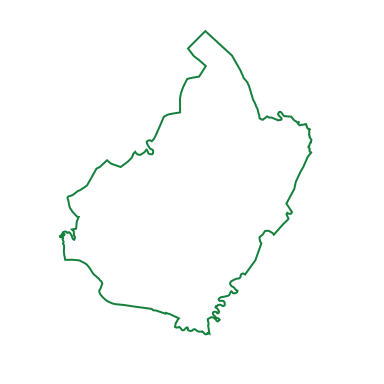 the district of Guri, Jigawa, Nigeria, rotated 36°
{"feature_id": "59680162B66353567053476", "entity_name": "Guri", "entity_type": "district", "adm_level": 2, "iso_a3": "NGA", "parent_name": "Nigeria", "parent_adm1": "Jigawa", "projection": "orthographic", "projection_center": [10.497, 12.643], "detail": "fine", "context": "isolated", "style": "outline", "palette": "green", "viewbox_px": 384, "rotation_deg": 36, "n_neighbors": 0, "source": "geoboundaries", "source_scale": "gbopen_adm2", "svg_char_len": 5970}
<svg xmlns="http://www.w3.org/2000/svg" viewBox="0 0 384 384"><g transform="rotate(36 192 192)"><path d="M104.4,78.2L112.9,80.8L113.9,81.0L119.9,81.1L129.2,82.0L129.9,94.5L127.4,97.0L125.7,98.7L122.8,102.0L121.7,103.4L123.2,112.5L125.1,118.9L127.4,123.5L135.6,134.6L131.5,138.7L127.8,142.5L126.6,144.3L125.0,147.8L127.1,156.8L129.7,169.1L129.8,170.3L130.0,171.4L129.6,174.6L128.0,174.7L126.9,175.5L126.1,176.6L125.8,177.9L127.0,179.1L128.7,180.1L130.7,180.9L132.7,181.6L135.5,181.0L136.5,181.7L137.7,183.7L137.5,185.0L136.3,185.8L135.2,186.2L134.1,186.4L131.1,184.5L130.2,184.6L130.2,185.6L130.2,187.4L129.8,188.9L128.2,192.5L126.9,193.2L125.4,193.6L124.1,193.5L122.4,192.9L122.1,195.5L123.1,199.3L122.5,203.9L121.8,206.7L119.6,213.7L114.4,215.3L109.9,216.6L104.6,216.3L102.8,225.7L101.0,229.2L103.2,248.3L102.3,251.2L100.4,256.1L99.0,258.6L97.3,264.4L96.5,265.8L94.9,267.9L94.5,268.9L94.6,269.7L95.1,270.3L96.4,271.2L97.5,272.1L100.3,274.8L102.4,276.5L106.9,278.2L113.5,279.5L114.4,279.2L115.0,278.8L116.2,283.7L119.8,289.8L116.9,292.9L119.5,293.3L122.0,296.5L124.0,297.3L124.6,298.9L124.7,299.9L123.7,300.1L122.7,299.7L121.8,299.2L120.8,298.3L120.1,297.8L119.1,297.7L118.3,297.2L117.4,296.8L116.3,296.8L115.6,297.3L115.6,298.0L115.0,298.4L114.2,298.3L113.4,298.1L112.8,298.4L112.0,299.2L111.4,300.0L111.4,301.1L111.6,302.3L112.3,301.8L112.8,301.2L113.4,301.0L113.8,301.2L114.0,302.2L113.5,303.1L113.0,303.6L112.4,304.0L112.1,304.4L111.4,304.4L111.1,305.2L111.8,305.9L112.5,305.8L113.2,304.7L114.0,304.4L114.9,305.1L115.0,306.3L117.5,307.8L117.9,309.7L119.1,309.9L120.3,310.9L120.6,311.3L123.1,315.2L125.2,317.6L129.3,321.4L135.2,317.0L141.2,313.5L146.3,312.7L149.6,312.5L153.5,313.6L158.8,315.7L160.9,316.4L163.2,316.5L165.6,316.8L167.4,316.8L169.4,317.5L170.8,317.5L173.2,318.7L174.8,324.2L174.8,325.7L175.6,327.3L178.6,328.9L181.8,329.6L184.9,330.0L188.0,330.0L192.5,329.1L194.8,328.3L197.1,327.1L203.0,323.6L213.6,318.1L228.0,310.3L230.1,310.5L232.6,309.0L242.1,306.0L241.9,305.1L244.0,304.5L245.5,303.9L255.7,301.9L255.6,303.0L255.6,304.7L255.9,305.9L256.0,307.5L255.9,307.6L256.2,308.1L257.0,309.9L257.1,310.2L257.4,310.8L257.8,311.2L258.5,310.9L259.1,310.9L260.6,309.4L261.0,308.6L263.1,308.9L265.0,309.5L266.0,309.3L266.6,308.4L266.9,307.1L267.0,305.9L267.2,305.0L267.7,304.4L268.4,304.4L268.9,304.8L269.2,305.5L269.8,306.0L270.7,306.0L271.6,305.7L272.4,305.3L273.3,304.6L273.7,303.5L273.9,302.4L274.3,301.9L275.0,301.3L276.0,301.3L277.3,301.4L278.6,301.2L279.6,300.9L280.6,300.3L281.6,299.5L282.3,298.7L282.6,298.8L282.7,299.0L283.9,298.8L284.8,299.2L285.2,299.3L285.6,299.3L286.2,299.2L286.9,299.0L287.4,298.5L287.9,297.7L287.4,297.0L287.4,296.9L287.9,296.6L289.4,296.4L283.4,290.4L283.1,289.1L282.2,288.1L280.7,287.0L279.5,285.6L281.0,282.1L282.4,281.3L283.8,281.0L286.4,281.2L287.4,281.7L288.8,281.7L289.2,281.0L289.2,280.2L289.5,279.1L288.6,278.8L287.3,278.8L286.3,279.4L284.9,279.4L283.6,279.1L282.1,279.0L280.8,278.4L280.2,278.0L279.9,277.1L279.9,276.5L280.8,275.5L281.7,275.0L282.6,274.7L283.8,275.3L284.6,274.1L284.2,272.8L281.8,271.7L280.9,271.4L279.8,271.4L278.9,271.6L278.6,270.9L278.5,270.1L279.4,269.3L279.5,268.1L280.7,266.8L281.8,266.4L283.2,266.3L284.5,265.8L285.0,264.7L284.5,263.5L282.9,261.9L282.0,261.8L281.0,261.9L280.2,262.4L279.3,263.1L278.5,263.8L277.6,263.7L276.8,263.5L276.5,262.8L276.7,261.4L277.2,260.2L278.8,258.6L280.4,256.8L282.0,255.0L282.7,253.6L282.5,252.4L282.0,250.1L282.2,249.2L283.4,249.3L284.4,249.7L285.3,249.5L286.2,248.7L286.9,247.8L287.4,246.6L287.0,245.2L286.2,245.2L285.5,245.4L283.4,245.0L282.3,244.6L281.1,244.6L279.8,244.9L278.9,244.8L277.7,244.4L276.8,243.9L276.3,242.9L276.1,241.7L276.5,240.5L277.6,238.4L278.1,237.4L279.1,235.9L279.9,235.1L280.9,234.2L281.2,233.3L281.2,232.3L280.6,231.3L280.1,229.8L280.5,228.9L281.0,228.0L282.1,227.7L283.4,227.5L283.4,209.9L278.3,192.8L276.1,191.9L274.4,190.4L273.2,188.9L273.6,187.0L274.3,184.8L274.1,183.1L274.0,180.9L274.9,179.7L277.0,178.3L278.6,178.1L280.6,177.9L281.8,177.9L283.3,178.5L284.4,167.0L284.6,164.9L284.9,163.0L285.4,160.5L285.8,158.3L285.8,156.9L283.2,155.4L281.6,154.6L281.3,153.4L281.3,152.9L282.3,152.9L283.3,152.6L284.8,151.5L284.8,149.5L275.2,145.9L272.9,129.2L270.1,123.0L267.9,112.0L267.3,106.2L265.0,95.7L265.2,90.0L264.8,89.9L264.4,90.2L264.1,90.2L263.6,89.9L263.1,89.8L262.8,89.3L262.1,88.6L262.0,88.1L261.8,87.9L261.1,87.4L260.7,87.3L260.2,87.5L259.9,87.3L259.7,87.0L260.0,86.7L259.6,86.4L259.6,86.0L259.6,85.3L259.5,84.8L259.1,84.3L259.0,83.6L259.1,82.4L258.6,82.3L258.5,81.9L258.6,81.7L258.8,81.4L258.4,80.9L258.2,80.1L258.0,79.6L257.1,79.3L256.6,79.2L256.0,78.9L255.2,78.7L254.7,78.5L254.5,77.7L254.1,77.3L253.5,77.0L253.1,77.0L252.8,76.7L252.6,76.2L252.4,75.6L251.9,75.0L251.3,74.1L250.7,73.4L250.2,72.9L250.2,72.7L250.5,72.4L250.5,72.0L250.1,72.0L249.8,72.1L249.3,72.2L248.9,72.5L248.4,72.7L247.8,72.5L247.1,72.1L246.0,71.1L245.5,71.1L245.1,70.8L244.6,70.0L244.3,70.0L244.0,70.3L243.6,70.7L243.0,71.6L242.1,72.5L241.8,72.8L241.3,73.1L241.0,73.4L240.8,73.8L240.3,74.5L239.6,74.7L238.7,74.7L237.8,74.5L237.5,74.1L237.6,73.2L237.5,72.7L237.2,72.7L237.0,73.0L236.8,73.4L236.6,73.9L236.1,74.0L235.5,73.8L234.8,73.7L234.3,73.7L233.6,73.9L232.9,73.9L232.3,73.8L230.7,73.5L230.0,73.2L229.2,73.2L228.5,72.8L228.1,72.7L227.7,72.9L227.1,73.3L226.4,73.7L225.6,74.2L224.8,74.7L223.9,75.2L223.0,75.8L222.2,76.4L221.7,76.4L221.1,76.3L220.3,76.1L219.4,75.7L218.7,75.5L217.0,75.2L216.4,75.2L215.6,76.0L215.5,76.4L215.6,77.2L215.6,78.0L216.1,78.7L217.1,79.0L219.2,79.4L221.0,79.7L221.6,80.2L221.6,81.2L220.7,82.2L219.5,83.4L217.2,83.9L215.3,84.4L213.7,84.7L212.3,85.1L210.9,86.4L208.3,86.7L207.9,88.1L207.5,89.9L207.0,90.9L206.9,91.8L205.9,92.4L204.7,92.5L203.3,92.7L201.2,90.3L199.6,89.3L196.6,86.6L193.6,85.0L190.8,83.2L186.8,81.2L184.9,79.6L181.8,77.4L180.6,76.3L177.0,73.7L175.6,72.5L174.5,72.1L172.4,70.8L169.8,70.1L166.5,69.3L164.4,67.8L163.0,67.1L160.0,65.3L144.1,58.1L108.2,54.0L104.4,78.2Z" fill="none" stroke="#15803d" stroke-width="2"/></g></svg>